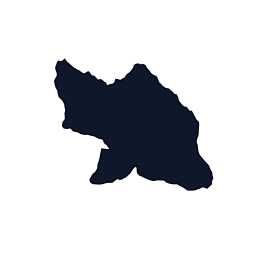 José Boiteux, Santa Catarina, Brazil (Mercator projection), rotated 325°
{"feature_id": "56859067B74314502479373", "entity_name": "José Boiteux", "entity_type": "district", "adm_level": 2, "iso_a3": "BRA", "parent_name": "Brazil", "parent_adm1": "Santa Catarina", "projection": "mercator", "projection_center": [-49.654, -26.855], "detail": "fine", "context": "isolated", "style": "filled", "palette": "ink", "viewbox_px": 256, "rotation_deg": 325, "n_neighbors": 0, "source": "geoboundaries", "source_scale": "gbopen_adm2", "svg_char_len": 2934}
<svg xmlns="http://www.w3.org/2000/svg" viewBox="0 0 256 256"><g transform="rotate(325 128 128)"><path d="M186.4,128.8L184.9,127.0L184.6,124.0L183.9,121.7L183.5,119.5L181.3,117.2L180.3,114.9L179.7,112.7L179.6,110.8L179.0,108.6L179.5,106.4L180.0,104.8L180.4,102.5L179.6,100.7L178.4,98.9L177.7,96.1L177.8,93.2L177.4,91.1L177.5,88.5L177.6,86.3L176.5,84.6L174.3,83.7L173.1,81.6L171.2,80.7L169.2,80.5L167.8,81.6L166.1,82.6L163.3,83.5L160.5,84.0L158.6,83.9L156.4,84.4L154.7,85.4L152.7,85.2L150.6,84.9L148.7,85.1L147.7,83.1L145.8,81.3L143.9,83.1L141.6,83.7L139.8,83.2L138.0,82.3L135.4,82.2L134.8,79.8L135.3,78.1L134.3,76.7L134.0,74.4L132.9,72.4L130.7,72.2L130.5,70.3L130.0,68.6L129.8,66.3L127.8,64.4L127.9,61.4L127.7,59.4L126.1,59.0L124.1,59.3L122.3,58.0L121.2,55.7L120.5,53.2L119.5,51.7L118.6,49.6L117.6,47.6L116.9,44.8L116.3,41.8L115.3,38.8L115.5,35.6L113.2,35.8L110.9,35.6L109.3,33.5L107.3,34.5L105.6,35.8L104.1,36.6L103.0,38.2L102.3,40.1L101.9,42.1L101.0,43.9L99.6,45.2L97.0,46.4L94.9,47.6L94.1,49.6L93.1,51.7L92.5,54.1L92.3,56.6L91.6,58.3L90.7,60.1L89.7,62.8L90.2,65.6L90.7,68.1L90.3,70.6L89.9,72.6L89.0,74.1L88.2,76.1L87.1,78.3L85.0,79.9L83.7,82.3L82.2,84.6L80.6,85.6L78.6,85.9L77.2,87.1L75.7,88.8L75.8,91.2L77.4,92.9L78.8,93.7L80.3,94.1L81.4,95.5L81.7,98.9L83.5,100.8L85.0,102.6L86.3,105.4L88.0,107.2L89.2,108.4L90.9,109.3L92.7,111.2L93.8,112.7L95.0,113.8L96.4,115.6L97.6,118.1L98.9,120.2L100.2,121.5L101.6,123.4L100.5,125.5L100.6,127.6L101.4,129.6L101.3,136.4L94.5,130.4L87.0,137.6L85.4,138.9L83.8,140.1L82.3,141.2L80.6,143.4L79.1,144.5L77.2,145.3L75.4,146.0L73.3,146.0L71.6,146.5L69.8,147.4L67.4,148.6L66.6,150.9L67.4,153.2L69.7,155.1L71.5,156.6L73.5,157.9L74.9,158.6L76.8,159.3L79.3,160.1L81.7,161.6L83.9,163.2L86.4,163.0L88.7,163.1L90.5,162.8L91.8,165.2L93.9,166.1L96.0,166.1L97.7,166.5L99.5,166.4L101.9,166.0L104.3,165.6L106.7,164.5L108.7,163.8L110.5,163.4L112.7,163.5L113.0,165.7L111.5,167.9L110.3,170.3L110.6,173.2L112.2,175.5L113.0,177.2L114.0,178.7L115.6,181.4L117.3,183.8L118.9,185.5L120.8,186.4L122.6,187.1L124.0,188.3L125.6,189.4L126.9,190.4L128.3,191.9L128.6,194.0L130.2,196.4L132.0,198.4L134.0,200.1L135.8,201.2L136.9,202.6L137.9,204.9L139.4,207.5L140.5,210.2L141.4,212.8L142.8,214.0L145.1,215.5L146.9,216.6L148.5,217.2L150.3,217.5L151.9,218.1L153.7,218.4L155.9,218.9L157.5,221.1L158.4,222.5L159.9,222.1L162.3,221.9L164.3,221.5L165.3,219.6L166.9,218.5L168.5,217.6L169.2,215.5L170.2,213.6L170.9,212.0L171.2,209.6L171.3,207.3L172.1,205.7L171.9,203.7L171.7,201.6L171.3,198.9L171.0,195.7L170.7,192.6L170.8,189.5L171.9,186.6L172.9,184.7L174.0,182.8L175.0,180.8L175.2,179.0L176.7,177.2L178.5,175.5L180.1,174.7L182.3,172.5L184.2,169.9L186.1,167.5L187.4,166.0L188.8,163.7L188.2,160.0L188.6,157.9L188.9,155.1L189.2,152.6L189.4,150.7L187.8,150.0L187.5,147.4L187.4,144.7L185.9,143.1L185.0,140.9L184.9,139.0L184.8,136.9L184.7,134.9L185.3,133.0L186.0,131.3L186.4,128.8Z" fill="#0f172a" stroke="#020617" stroke-width="1.5"/></g></svg>